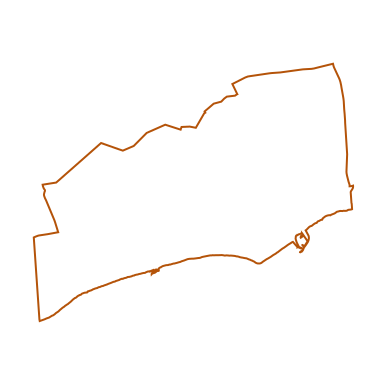 outline of Joondalup, Western Australia, Australia, rotated 266°
{"feature_id": "25037944B62034941870385", "entity_name": "Joondalup", "entity_type": "district", "adm_level": 2, "iso_a3": "AUS", "parent_name": "Australia", "parent_adm1": "Western Australia", "projection": "mercator", "projection_center": [115.744, -31.78], "detail": "fine", "context": "isolated", "style": "outline", "palette": "amber", "viewbox_px": 384, "rotation_deg": 266, "n_neighbors": 0, "source": "geoboundaries", "source_scale": "gbopen_adm2", "svg_char_len": 5855}
<svg xmlns="http://www.w3.org/2000/svg" viewBox="0 0 384 384"><g transform="rotate(266 192 192)"><path d="M310.1,341.6L307.3,325.5L306.7,322.3L306.6,320.9L306.5,320.0L306.6,312.6L306.6,311.0L305.1,288.4L305.1,279.7L305.0,277.5L303.5,257.8L303.3,255.7L302.8,254.1L302.6,253.3L296.9,239.8L286.4,244.0L286.3,243.6L285.1,241.6L284.7,233.4L282.9,230.6L280.1,227.5L278.6,219.8L271.5,210.2L270.2,210.8L269.7,209.7L255.8,200.3L257.4,194.3L257.6,186.1L255.0,185.0L261.0,170.0L254.1,150.9L242.0,137.1L238.1,125.9L239.9,121.6L247.2,104.7L210.9,57.2L209.7,43.5L208.1,43.7L206.5,44.2L205.8,44.4L204.4,45.3L204.0,45.4L203.3,45.4L202.6,45.0L200.5,44.3L199.4,44.1L198.2,44.3L196.1,44.9L194.0,45.8L173.3,52.8L171.0,53.4L161.2,55.7L160.0,45.1L159.3,36.2L159.1,35.2L158.4,32.9L157.7,31.0L75.5,30.9L73.9,31.1L74.9,34.7L75.1,35.4L75.4,36.4L75.8,37.4L76.1,38.3L76.7,40.6L78.4,43.8L78.5,44.5L79.2,45.8L79.8,46.7L80.7,47.8L82.1,50.3L82.5,50.8L83.0,51.4L83.4,51.8L84.6,53.5L85.0,54.0L85.7,55.0L86.5,56.5L87.4,57.6L87.9,58.6L88.2,59.0L89.0,60.6L89.3,60.9L91.1,63.5L93.0,65.7L94.0,67.2L94.4,67.8L94.5,68.4L94.8,69.0L95.3,69.7L95.5,69.9L96.0,70.5L96.2,70.9L96.7,71.8L96.8,72.4L97.1,72.8L97.2,73.7L97.3,74.0L98.1,74.9L98.4,75.5L98.6,76.4L98.9,77.3L99.1,78.4L99.0,79.0L99.1,79.8L99.1,80.3L99.5,80.7L99.9,80.9L100.0,81.0L100.0,81.4L100.2,81.5L100.3,82.1L100.4,82.6L100.6,82.9L100.6,83.3L100.8,83.9L100.9,84.6L101.1,84.9L101.5,86.0L101.9,86.6L102.0,87.3L102.4,88.4L102.5,88.9L102.7,89.8L102.8,90.7L103.4,91.9L103.6,92.6L103.6,93.2L103.8,94.0L104.1,94.6L104.4,95.6L104.4,96.1L104.4,96.3L104.5,96.8L104.8,97.5L105.1,98.4L105.1,98.6L105.3,99.3L105.3,99.5L105.6,100.2L105.6,100.6L106.2,102.1L106.9,104.6L107.8,107.2L107.9,107.5L107.9,108.2L108.2,109.3L108.6,110.0L108.7,110.7L109.4,113.5L109.9,114.3L110.0,114.9L110.3,115.6L110.2,116.2L110.3,116.5L110.2,116.8L110.2,117.0L110.4,117.3L110.8,118.6L111.0,120.2L111.3,121.1L111.6,121.7L111.7,122.1L111.7,123.8L111.9,124.6L112.1,125.9L112.4,126.5L112.6,127.1L112.8,128.7L113.1,129.2L113.4,130.8L113.5,132.1L113.9,133.6L114.0,134.9L114.3,136.1L114.6,138.0L114.6,139.3L114.7,139.7L115.1,140.4L115.4,141.4L115.6,141.8L115.7,142.1L115.8,143.6L115.5,144.1L115.5,144.3L115.9,144.4L115.9,146.2L115.4,146.6L115.2,147.0L114.7,147.1L114.8,147.4L115.4,147.2L115.6,146.7L116.4,146.3L117.0,148.3L116.0,148.8L116.8,150.1L117.1,150.3L117.2,151.1L117.0,151.5L116.7,152.0L116.6,152.3L116.3,152.3L116.2,151.7L114.5,149.2L113.9,146.6L113.0,146.0L112.8,146.0L113.4,146.6L114.1,149.4L115.6,151.7L115.6,153.1L115.7,153.3L115.8,153.4L117.9,153.4L118.4,154.0L118.9,154.9L119.0,155.6L119.3,155.9L120.1,157.6L120.4,159.0L120.5,159.5L120.8,161.1L120.8,163.1L121.2,164.3L121.1,164.5L121.1,165.1L121.9,168.5L121.9,169.5L122.0,170.0L122.3,171.7L122.8,173.9L123.1,175.6L123.6,176.7L123.8,177.7L124.0,178.4L124.2,179.3L125.3,182.8L125.4,183.8L125.5,184.5L125.5,187.0L125.4,188.7L125.5,190.9L125.7,193.6L125.7,194.3L125.7,195.1L125.9,195.9L126.4,197.3L126.6,198.5L127.1,202.4L127.5,205.8L127.4,207.0L127.5,208.2L127.4,208.8L127.3,210.3L127.3,211.3L127.1,214.1L127.0,217.3L126.9,217.9L126.7,218.8L126.3,220.2L126.3,220.6L126.4,221.9L126.1,224.0L125.9,224.6L125.9,225.5L125.9,226.2L125.8,226.9L125.3,229.9L125.0,231.0L124.7,231.8L124.6,232.7L124.1,234.3L123.7,235.0L123.2,236.8L123.0,237.8L122.4,239.9L122.0,241.8L120.8,244.1L120.3,245.4L119.6,246.5L119.4,247.2L118.6,248.4L118.1,249.4L117.2,250.3L116.6,251.3L116.3,252.1L116.1,252.7L116.0,254.1L116.0,254.9L116.2,255.6L116.5,256.4L117.5,257.8L118.4,259.4L119.8,261.8L120.2,262.8L121.8,266.0L123.4,268.6L123.8,269.4L124.2,270.3L124.9,271.6L125.6,272.5L125.9,273.3L126.8,274.6L128.4,277.0L129.3,278.4L129.8,279.5L131.8,282.8L132.3,283.5L132.9,284.6L133.3,285.3L134.0,286.7L134.9,288.3L135.1,288.8L135.2,289.2L131.2,292.2L129.9,293.4L129.4,293.3L129.5,293.7L129.6,293.9L128.2,296.6L128.3,296.9L128.4,297.1L128.7,297.0L129.1,296.0L129.7,294.9L133.0,293.5L134.5,292.9L137.5,292.2L138.5,292.1L138.9,292.2L139.1,292.3L140.2,292.4L140.8,292.7L141.2,292.9L141.3,293.2L141.4,293.8L141.8,294.0L141.7,294.3L141.9,294.8L142.3,295.3L142.4,296.1L142.5,296.6L142.9,297.7L143.2,298.3L143.2,298.7L143.2,298.8L142.8,298.9L142.8,299.0L143.0,299.0L142.1,299.6L140.8,299.3L140.6,298.8L140.9,298.6L140.4,297.6L139.0,297.2L138.8,297.3L140.7,300.4L136.0,303.2L135.2,303.6L134.7,303.8L131.7,301.6L130.3,300.5L130.2,300.3L130.1,300.0L130.2,299.9L131.4,298.7L131.3,298.4L131.0,298.5L130.1,299.3L129.7,299.7L129.6,299.8L128.8,299.3L127.9,298.9L126.7,298.2L126.1,297.9L125.8,297.6L125.5,297.2L124.7,295.7L124.4,295.6L124.3,295.8L124.4,296.0L124.7,296.8L124.9,297.4L125.9,298.3L126.6,298.8L127.8,299.3L129.0,300.0L130.8,301.6L133.8,303.9L134.9,304.5L136.1,305.0L137.8,305.4L139.0,305.4L139.8,305.3L140.3,305.2L145.8,302.7L146.0,303.0L146.2,303.4L148.8,306.3L149.1,306.8L149.6,307.7L149.8,308.9L149.9,309.1L151.3,311.1L152.0,312.3L152.3,313.1L152.5,314.2L152.8,314.5L153.2,314.8L153.6,315.1L153.9,315.5L154.4,317.2L154.8,317.8L155.1,318.5L155.2,319.0L155.2,319.8L155.4,320.0L155.6,319.9L155.9,320.1L156.3,320.4L156.7,320.8L158.2,323.0L158.7,324.1L159.0,325.1L159.2,326.1L159.3,327.5L159.1,328.5L159.6,329.2L160.5,332.2L160.9,333.2L162.1,335.0L162.2,335.3L162.4,336.7L162.8,338.5L162.7,338.8L162.5,340.9L162.7,341.7L162.5,343.5L162.5,344.5L162.6,345.2L162.8,345.7L163.2,346.4L163.3,346.7L163.4,349.1L163.6,350.3L163.7,350.5L168.5,350.5L169.2,350.5L169.9,350.3L170.4,350.3L180.8,350.3L181.4,350.5L181.9,350.8L183.9,352.3L184.6,352.7L185.6,353.0L186.3,353.1L187.1,353.1L186.9,352.3L186.7,351.0L186.7,349.6L187.8,349.7L188.6,349.6L191.3,348.9L197.4,347.8L199.1,347.6L200.0,347.5L201.7,347.5L202.5,347.6L218.8,349.4L250.4,349.6L252.5,349.7L254.5,349.7L259.1,349.7L263.6,349.6L272.0,349.7L274.3,349.6L276.6,349.4L285.8,348.4L288.1,348.2L291.5,347.7L293.9,347.1L295.1,346.7L306.3,342.4L307.7,342.0L310.1,341.6Z" fill="none" stroke="#b45309" stroke-width="2"/></g></svg>